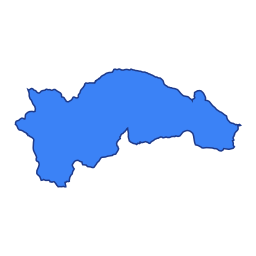 Chicoana, Salta, Argentina (orthographic projection)
{"feature_id": "61730980B71873263236869", "entity_name": "Chicoana", "entity_type": "district", "adm_level": 2, "iso_a3": "ARG", "parent_name": "Argentina", "parent_adm1": "Salta", "projection": "orthographic", "projection_center": [-65.583, -25.169], "detail": "fine", "context": "isolated", "style": "filled", "palette": "blue", "viewbox_px": 256, "rotation_deg": 0, "n_neighbors": 0, "source": "geoboundaries", "source_scale": "gbopen_adm2", "svg_char_len": 5745}
<svg xmlns="http://www.w3.org/2000/svg" viewBox="0 0 256 256"><path d="M234.4,146.8L233.7,146.1L233.2,145.0L233.3,143.1L232.7,141.5L232.5,140.7L233.7,140.4L233.8,140.0L233.7,139.4L233.2,138.7L233.1,137.9L233.2,137.1L233.9,136.3L234.0,135.4L234.6,134.7L234.4,134.0L234.8,133.3L235.8,131.9L237.4,130.3L238.1,129.1L238.1,127.8L237.9,126.1L239.0,125.7L239.9,125.6L240.6,125.3L239.5,124.4L238.5,124.8L237.2,124.8L236.5,124.5L235.9,124.8L233.0,123.3L231.6,123.2L230.7,122.6L230.2,122.6L227.6,119.7L227.0,118.3L226.5,116.0L224.2,114.6L223.3,113.8L221.3,112.3L219.9,111.8L216.5,109.5L215.1,107.8L213.5,106.4L212.7,105.8L209.3,101.6L208.1,100.9L206.7,100.4L205.4,100.3L205.3,99.4L205.6,98.3L205.4,97.3L205.0,96.3L203.5,93.3L202.5,92.2L201.0,90.9L199.7,90.6L197.5,90.8L194.6,92.5L194.5,93.9L194.7,94.4L194.4,94.8L194.2,96.1L194.3,96.8L194.7,97.0L194.8,97.2L194.6,98.2L194.4,98.4L193.8,98.7L193.3,99.1L192.7,99.2L192.4,99.6L192.3,100.6L192.0,100.1L191.3,99.4L189.9,98.5L188.9,97.4L187.9,96.7L184.2,96.0L183.3,95.7L182.6,95.2L180.8,93.5L179.6,92.0L178.1,90.2L177.2,89.5L174.8,88.6L172.5,88.3L171.5,87.8L170.3,87.7L169.3,87.3L168.1,87.1L167.6,86.8L166.6,85.9L165.8,85.6L164.4,84.4L163.9,83.6L163.2,81.1L162.8,80.4L161.5,79.1L160.3,78.1L158.3,77.9L157.7,77.6L156.8,77.0L155.5,77.1L154.5,76.4L153.7,76.0L152.6,75.3L150.9,74.7L149.7,74.0L148.5,73.8L147.6,73.1L146.8,72.8L145.9,72.6L144.9,72.1L143.0,72.1L142.1,71.9L140.8,71.3L139.4,71.2L137.4,70.7L135.4,70.5L134.1,70.0L133.0,69.9L131.0,69.1L130.2,69.8L129.7,69.9L129.2,70.0L128.0,69.6L126.6,69.4L124.9,69.6L123.5,70.1L122.8,70.0L122.6,70.1L121.4,70.0L121.1,69.7L120.8,69.7L119.8,69.1L118.6,69.1L117.8,69.5L117.0,69.6L115.7,69.4L115.1,69.1L113.8,69.5L113.7,70.0L112.8,71.5L112.3,72.2L110.3,72.5L109.1,72.5L106.6,73.2L105.8,73.6L104.5,74.6L102.1,75.8L100.9,76.8L100.4,77.7L99.5,78.1L99.3,78.7L98.7,78.6L98.0,79.4L97.0,79.9L96.2,80.6L95.7,80.7L95.8,81.0L95.7,81.4L95.3,81.6L95.1,82.2L94.6,82.4L94.6,83.0L89.3,82.9L88.4,83.2L87.4,83.3L86.7,83.1L85.8,83.0L84.7,84.1L84.5,85.6L83.7,86.4L83.3,87.4L82.7,87.9L80.7,90.3L79.8,93.1L78.6,94.5L78.3,95.2L78.4,96.7L78.1,97.4L77.3,97.9L76.0,97.9L74.3,97.1L73.3,97.1L72.7,97.9L72.1,99.1L71.5,99.9L68.6,101.7L67.2,101.7L66.2,101.3L65.9,100.4L65.3,99.8L64.1,97.8L63.4,97.3L61.7,96.9L61.6,96.5L61.4,94.4L60.7,93.3L60.0,92.7L57.4,91.2L55.0,89.5L53.8,89.5L52.1,90.3L51.0,90.2L50.0,89.6L48.0,89.7L46.6,89.2L45.9,89.4L44.9,90.2L42.1,90.7L40.9,91.4L40.2,92.3L39.3,93.0L38.3,93.0L37.1,92.4L35.7,90.7L33.8,90.0L33.2,89.2L32.2,88.6L31.4,88.5L30.3,89.1L29.6,89.7L28.7,90.0L27.9,89.5L28.4,91.0L28.9,92.2L29.2,93.7L29.2,96.0L29.8,98.1L30.3,99.1L31.2,100.0L31.7,100.9L32.9,103.9L34.9,106.6L35.0,107.4L35.4,108.7L35.0,111.4L33.7,111.7L32.0,111.4L29.5,111.6L28.1,112.2L27.0,113.0L25.6,114.4L25.3,115.7L25.3,116.7L24.9,118.9L24.3,119.0L23.2,118.4L22.6,118.2L21.5,118.2L19.9,119.3L18.7,120.4L17.6,120.7L16.3,121.2L15.6,122.4L15.6,123.4L15.4,124.4L16.4,125.2L17.0,126.1L18.0,128.5L19.2,129.9L21.2,130.3L22.6,130.8L23.8,131.7L26.4,133.1L26.7,133.9L27.3,133.8L27.7,134.3L27.7,135.1L28.2,135.7L28.7,135.6L29.4,135.8L29.9,136.5L31.8,137.4L33.3,138.7L33.7,139.4L33.8,140.3L33.5,142.1L33.2,147.7L33.3,149.1L33.6,150.5L34.2,151.9L36.2,156.0L36.6,157.6L36.2,158.6L36.2,160.2L36.9,161.1L38.4,161.9L38.9,162.9L39.2,164.6L38.4,167.3L36.9,170.7L36.8,173.3L37.3,174.3L39.6,176.4L40.2,177.6L41.2,180.3L42.9,180.0L43.6,179.5L45.6,180.4L49.1,180.3L49.7,180.9L50.2,181.9L50.9,181.8L52.0,182.2L52.8,181.8L54.1,181.7L55.3,182.9L55.6,183.4L55.7,183.8L56.2,184.0L56.8,185.3L57.3,185.7L58.2,186.8L58.7,186.6L61.6,186.7L63.6,186.4L65.0,186.9L65.8,186.8L65.8,186.1L65.5,184.9L65.0,182.4L65.5,182.2L66.4,182.0L66.8,181.4L68.5,181.6L69.3,181.3L69.3,180.1L69.8,177.4L71.0,175.1L72.0,174.2L72.3,173.6L72.4,172.7L72.9,171.1L73.3,170.6L74.2,168.9L73.4,167.8L72.5,166.0L72.3,165.1L72.5,164.4L74.3,161.7L75.3,160.9L75.9,160.6L77.9,160.3L78.9,160.7L79.8,161.3L80.8,161.7L81.9,162.0L82.3,163.8L82.8,164.8L84.2,164.8L86.4,165.2L87.0,166.1L87.6,166.6L90.5,166.9L91.8,167.4L93.1,167.6L94.0,167.3L96.3,164.1L97.3,162.5L98.9,161.1L100.8,158.0L101.9,157.3L105.3,157.0L107.7,156.2L112.6,155.4L113.0,154.7L113.9,154.4L115.1,154.3L115.9,153.9L116.3,153.0L117.3,151.6L118.3,149.7L118.6,148.8L118.5,148.3L118.2,148.0L117.9,146.7L117.7,146.2L117.2,146.0L116.9,145.7L116.6,143.2L116.9,142.7L117.2,141.7L117.7,141.2L118.9,139.6L120.3,138.6L120.3,138.3L119.9,137.5L119.8,137.0L120.7,135.9L121.0,134.7L121.7,134.0L123.0,133.4L123.8,132.3L124.9,131.7L125.4,130.7L126.2,130.0L126.9,128.7L127.6,128.2L127.7,129.3L128.0,130.7L128.1,131.5L128.4,133.1L128.3,135.3L128.5,135.9L128.3,136.3L128.3,136.8L128.7,138.6L129.0,139.4L129.2,140.5L129.4,141.0L129.9,141.2L130.0,141.5L130.9,142.2L132.2,142.8L133.2,143.4L135.8,143.9L136.4,144.5L136.9,144.4L137.4,143.6L137.7,143.3L138.2,143.3L139.2,143.6L139.8,143.4L140.0,143.3L139.8,142.4L140.0,142.0L140.3,142.0L141.6,142.6L142.2,142.6L144.5,142.0L145.4,141.6L147.8,142.4L149.1,143.3L149.9,143.3L150.4,142.8L151.0,142.0L151.8,141.5L152.0,141.2L153.7,140.4L154.4,139.6L154.9,139.3L156.0,138.9L157.2,138.3L158.4,138.2L159.1,137.6L159.9,137.4L160.4,137.0L161.9,137.1L162.7,137.7L163.2,137.8L164.9,137.4L166.0,137.0L167.5,137.5L169.4,137.5L170.8,137.0L171.6,136.5L172.1,136.6L173.3,136.4L174.2,136.6L174.8,136.6L175.3,136.0L175.8,136.2L176.4,136.0L177.7,136.4L178.8,136.3L180.0,135.8L182.8,132.3L183.8,131.6L185.6,130.9L187.1,130.5L189.2,130.8L190.6,131.5L192.6,133.2L193.1,134.4L193.6,136.1L194.4,141.2L194.7,142.7L195.5,144.8L198.1,145.5L201.1,147.1L201.9,147.8L203.1,148.0L206.4,147.6L211.7,147.9L212.9,148.1L214.2,148.6L216.2,148.7L217.4,149.2L218.9,150.4L219.6,150.7L220.6,150.9L221.5,150.9L223.1,149.9L223.7,148.6L229.0,149.3L233.1,148.3L234.4,146.8Z" fill="#3b82f6" stroke="#1e3a8a" stroke-width="1.5"/></svg>